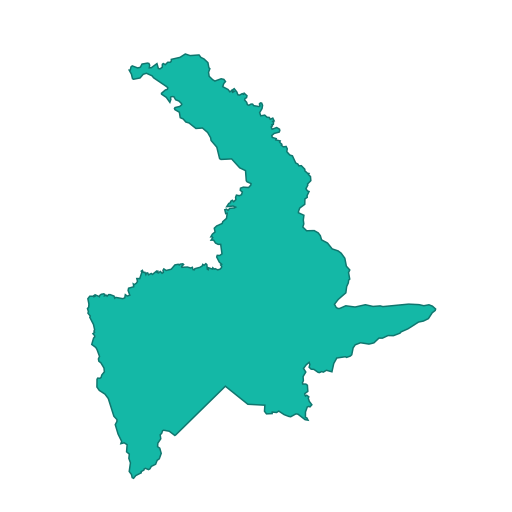 outline of Nova Xavantina, Mato Grosso, Brazil, rotated 264°
{"feature_id": "56859067B60221842675231", "entity_name": "Nova Xavantina", "entity_type": "district", "adm_level": 2, "iso_a3": "BRA", "parent_name": "Brazil", "parent_adm1": "Mato Grosso", "projection": "mercator", "projection_center": [-52.318, -14.678], "detail": "fine", "context": "isolated", "style": "filled", "palette": "teal", "viewbox_px": 512, "rotation_deg": 264, "n_neighbors": 0, "source": "geoboundaries", "source_scale": "gbopen_adm2", "svg_char_len": 6074}
<svg xmlns="http://www.w3.org/2000/svg" viewBox="0 0 512 512"><g transform="rotate(264 256 256)"><path d="M48.5,109.7L47.7,111.0L50.2,113.5L52.4,119.2L53.5,119.2L54.9,122.2L56.0,122.6L56.4,123.8L54.8,126.8L55.4,128.2L57.7,129.9L59.4,134.4L63.1,136.3L64.4,138.6L69.6,141.1L74.9,140.2L76.7,138.2L80.1,138.8L84.2,142.2L88.2,142.0L89.4,143.6L92.0,144.8L92.4,146.0L90.8,151.4L86.0,156.5L86.5,157.5L129.7,211.9L109.4,232.4L106.7,249.2L100.7,248.2L97.9,249.9L97.6,255.6L99.1,255.8L98.2,260.1L99.4,262.4L95.3,267.4L93.0,271.9L92.5,273.7L94.8,279.2L94.3,281.2L88.1,287.7L87.3,290.6L89.6,289.7L90.4,288.3L95.7,288.9L100.5,291.2L100.9,292.8L100.3,293.9L102.2,296.0L105.9,293.8L109.1,293.1L110.4,293.8L112.2,291.9L111.5,290.6L112.7,290.1L114.0,290.1L116.0,293.4L122.1,293.6L123.4,292.2L123.8,289.1L125.0,288.9L127.1,290.1L131.1,290.2L135.4,293.4L139.2,291.5L142.5,294.5L144.7,297.7L142.5,298.2L139.8,297.2L137.7,299.0L137.2,301.7L133.8,305.6L133.4,307.0L134.2,309.1L133.5,310.9L135.0,314.1L132.9,319.4L141.0,322.1L146.1,325.7L146.5,334.4L145.7,335.4L146.6,339.3L147.8,340.9L154.5,343.0L157.3,345.4L158.8,350.9L156.6,359.1L156.9,361.6L157.3,364.2L161.5,369.7L161.1,373.2L163.1,379.0L162.4,384.4L164.2,391.1L165.4,392.4L167.7,399.5L173.3,410.7L173.8,415.7L175.7,420.9L181.1,425.3L183.1,428.5L184.5,429.1L187.7,426.2L189.4,422.9L189.0,417.7L190.6,413.0L192.2,402.7L192.4,376.9L193.4,374.3L193.6,367.1L196.1,359.7L194.9,349.2L197.1,340.1L195.1,333.8L195.2,332.1L196.4,330.4L199.8,329.0L204.2,333.2L210.0,341.5L216.2,343.0L219.6,345.0L222.3,345.6L223.2,346.8L229.9,346.3L232.3,347.8L236.4,344.8L244.5,344.1L249.9,341.0L252.5,338.2L255.1,332.5L261.4,328.5L265.2,322.9L269.5,322.1L272.5,320.3L275.2,316.5L275.8,309.0L279.9,305.6L282.9,306.9L286.8,306.8L291.5,307.9L294.6,302.7L296.1,303.0L299.1,304.5L302.3,309.9L307.6,310.6L309.0,313.1L310.7,313.1L314.6,315.5L315.3,314.0L317.7,312.7L321.0,314.9L322.2,314.8L325.2,318.4L329.3,318.5L331.6,316.6L332.5,317.3L332.9,315.9L335.6,313.5L337.2,313.6L341.1,310.5L341.2,308.1L343.1,307.2L344.4,305.2L351.8,302.7L352.9,300.2L356.6,297.5L359.3,298.3L361.8,297.4L361.7,294.6L363.5,292.8L364.4,293.4L366.6,291.4L367.9,292.1L369.4,287.8L370.6,288.4L372.2,284.6L374.2,284.3L376.0,286.9L376.8,292.0L378.3,292.8L379.7,292.6L381.6,290.0L380.4,285.3L382.8,284.6L383.7,285.9L384.9,285.6L385.1,287.0L387.1,287.4L388.1,286.7L388.4,288.2L391.4,287.1L390.5,284.5L392.4,283.7L392.9,281.4L395.2,279.4L394.9,275.4L398.2,274.6L402.0,277.4L405.2,278.3L407.5,277.6L407.8,276.4L406.9,275.3L404.8,275.6L404.3,274.6L405.8,269.4L407.4,268.5L407.6,266.9L406.6,264.7L407.5,263.2L409.8,262.8L412.3,261.0L413.9,261.6L414.4,263.1L416.3,263.8L419.2,261.2L418.1,260.4L418.9,259.3L417.7,256.4L418.3,254.8L421.1,254.1L424.7,251.8L422.0,247.2L424.5,245.6L427.9,240.6L430.9,242.0L432.7,243.9L435.0,242.5L435.9,239.9L434.3,233.4L435.9,231.3L439.6,228.2L443.7,228.0L447.1,229.7L448.2,228.8L453.3,228.4L457.4,224.9L459.3,221.9L461.9,220.4L462.2,211.4L464.3,206.8L461.5,201.2L460.4,192.3L458.6,192.1L457.6,191.0L457.9,188.5L455.8,185.8L457.1,183.9L456.4,182.9L453.5,182.5L452.1,180.0L452.7,178.5L457.7,177.6L454.2,171.6L454.3,169.5L456.9,170.2L458.7,169.6L459.2,168.2L458.8,162.7L455.8,160.7L455.4,158.0L458.0,152.8L457.2,151.5L454.1,150.4L454.1,149.3L449.9,151.1L445.3,151.7L444.6,152.6L445.2,159.3L448.5,162.8L449.2,166.1L446.1,171.4L443.9,172.8L433.7,184.9L432.5,185.9L431.0,185.3L430.6,183.2L427.7,179.0L426.8,179.0L423.1,183.4L417.8,186.4L420.7,187.7L422.3,187.5L423.2,188.1L423.3,189.8L422.9,191.0L419.8,192.4L418.2,195.5L415.3,197.9L414.3,198.0L412.7,195.8L412.1,191.0L411.2,190.3L410.0,190.7L407.0,194.8L401.5,195.1L399.9,197.9L396.6,200.2L395.3,203.3L389.1,209.6L388.9,216.1L383.9,220.8L378.5,223.2L375.6,223.4L368.3,228.4L356.6,230.0L355.7,231.3L355.1,241.9L345.4,249.0L342.0,254.5L331.9,254.2L330.7,254.9L328.6,258.6L327.1,258.3L324.9,255.8L325.8,250.6L325.1,247.7L323.0,247.2L321.1,249.1L318.5,248.0L317.7,245.8L318.6,242.9L316.4,241.8L314.2,241.9L312.3,239.5L313.9,238.3L313.0,236.5L311.7,236.1L311.1,234.4L308.1,232.0L308.1,238.5L306.7,240.9L306.0,239.5L306.1,234.9L304.3,232.9L305.7,231.5L305.3,229.8L301.3,230.3L301.5,231.8L296.5,230.6L293.6,226.5L291.9,225.8L290.0,220.0L288.0,217.4L284.2,217.8L282.3,214.9L279.8,213.1L279.7,214.3L278.8,214.9L276.5,213.0L276.2,215.5L273.1,217.1L271.5,219.6L271.3,222.1L261.7,222.4L260.3,220.1L260.7,217.5L259.1,216.8L253.7,218.9L251.4,221.0L250.8,219.9L249.3,220.8L248.0,220.4L246.7,219.0L246.2,216.5L247.7,214.0L247.3,213.0L248.8,211.8L247.6,211.2L249.3,207.5L247.4,207.1L247.9,206.2L252.6,206.2L253.6,205.3L252.2,203.4L253.2,202.2L251.8,201.5L250.6,199.1L249.8,193.9L248.7,193.2L249.0,192.0L251.4,191.5L250.9,189.8L252.2,186.6L252.5,181.1L253.5,181.0L255.1,183.1L255.9,182.4L255.8,179.6L255.1,178.7L255.9,177.8L255.6,174.4L251.7,170.3L251.0,165.1L252.8,163.0L251.5,162.0L249.4,162.2L248.6,160.8L250.6,159.3L249.3,157.1L250.2,155.6L251.1,156.8L251.5,155.7L248.5,151.1L249.6,150.0L248.5,147.2L250.5,146.5L250.5,145.2L249.1,144.5L251.4,143.8L251.5,142.2L253.6,141.5L252.9,140.3L251.8,140.8L245.7,138.0L246.0,135.1L243.2,135.5L241.5,134.3L240.3,131.9L241.0,131.1L238.2,131.2L237.3,125.9L235.1,125.2L230.2,126.4L229.6,123.8L231.2,122.0L228.1,121.1L227.5,119.0L229.5,112.2L228.8,111.1L231.0,110.6L232.8,107.0L233.0,105.4L231.6,103.7L232.6,103.1L232.2,101.1L233.6,101.6L234.3,100.7L234.1,98.1L233.0,96.3L231.9,96.0L234.1,92.2L232.9,91.9L232.5,90.8L233.7,90.9L233.0,89.5L233.4,86.5L231.1,84.3L225.6,84.8L222.5,84.2L221.4,82.9L218.3,83.5L216.7,82.9L213.6,84.9L212.4,84.3L204.9,87.2L199.6,87.8L198.2,87.0L197.0,87.5L195.8,85.7L193.9,87.1L192.3,87.1L191.4,85.9L185.2,83.4L181.8,87.1L179.6,88.1L172.5,89.9L170.1,88.5L167.8,88.7L165.9,90.6L160.5,93.1L156.7,93.1L153.8,90.2L151.4,89.2L150.7,88.1L151.1,85.8L150.0,85.0L142.3,84.1L138.7,86.1L134.4,91.4L129.7,94.2L111.5,97.9L107.9,100.6L106.0,100.4L103.0,98.4L93.4,100.2L85.7,103.0L83.5,102.0L84.0,105.4L81.8,108.1L74.8,106.8L72.2,109.3L68.0,108.4L63.4,109.5L55.0,107.4L51.7,109.3L48.5,109.7ZM423.0,249.7L421.8,251.2L421.3,249.8L423.0,249.7Z" fill="#14b8a6" stroke="#0f766e" stroke-width="1.5"/></g></svg>